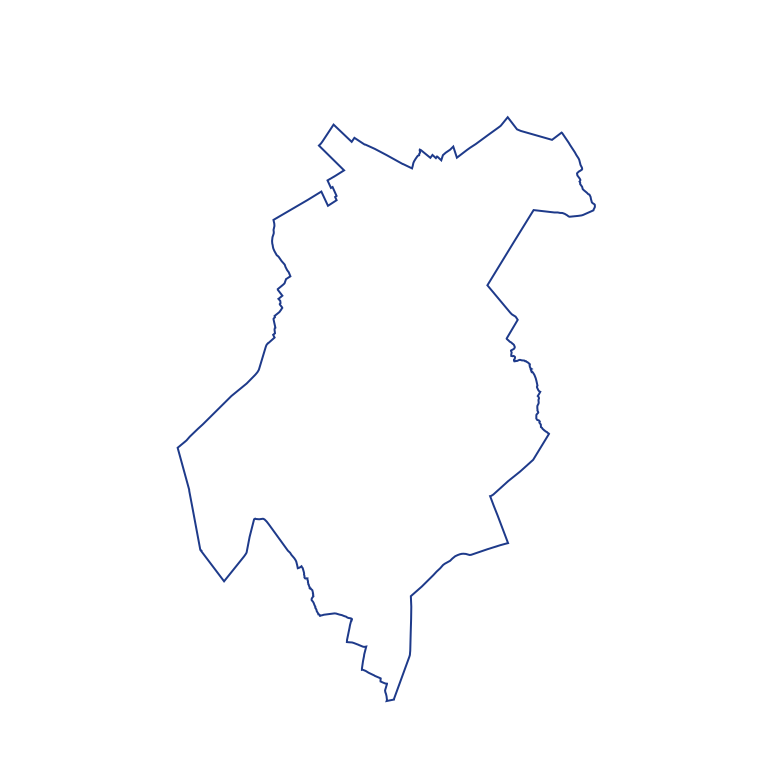 Giarmata, Timis, Romania, rotated 110°
{"feature_id": "2599482B59348801816011", "entity_name": "Giarmata", "entity_type": "district", "adm_level": 2, "iso_a3": "ROU", "parent_name": "Romania", "parent_adm1": "Timis", "projection": "natural_earth1", "projection_center": [21.324, 45.849], "detail": "fine", "context": "isolated", "style": "outline", "palette": "blue", "viewbox_px": 768, "rotation_deg": 110, "n_neighbors": 0, "source": "geoboundaries", "source_scale": "gbopen_adm2", "svg_char_len": 6134}
<svg xmlns="http://www.w3.org/2000/svg" viewBox="0 0 768 768"><g transform="rotate(110 384 384)"><path d="M484.0,540.5L489.5,543.4L499.9,548.5L504.6,550.3L514.5,556.1L550.0,530.9L551.0,530.5L565.6,521.8L602.5,500.0L602.9,498.9L603.2,499.1L624.1,466.8L593.8,456.5L591.2,455.8L589.7,455.5L589.2,455.5L573.6,458.0L555.6,459.8L554.6,459.0L554.7,458.3L553.8,455.0L552.0,451.6L552.1,450.0L553.4,447.2L555.1,444.5L573.5,417.3L574.7,414.5L576.2,412.6L578.4,408.7L579.9,406.7L580.9,405.7L584.0,403.6L586.6,402.0L586.1,401.3L585.0,400.2L583.5,399.2L584.4,398.2L584.6,397.7L585.0,397.3L588.3,394.9L589.5,394.2L590.4,394.0L591.7,393.0L593.0,392.6L593.6,391.8L593.6,391.5L593.6,391.1L593.1,390.4L593.1,389.5L593.0,389.4L594.5,388.7L595.2,388.0L596.3,387.7L597.2,387.0L598.0,386.7L598.4,386.0L599.1,385.7L600.2,384.5L601.3,384.1L601.5,383.7L601.1,383.1L601.2,382.9L601.6,382.7L601.7,382.4L601.9,381.7L602.3,380.8L604.9,379.1L605.4,379.1L605.8,378.6L606.9,378.4L607.4,377.8L607.7,377.7L608.5,378.1L610.2,378.5L611.1,378.4L611.9,378.0L612.8,376.4L613.6,375.4L616.0,373.3L616.7,372.4L617.3,372.1L617.7,372.1L617.9,371.9L618.9,370.6L619.5,370.1L620.5,369.5L621.9,367.7L622.9,366.9L622.7,366.3L622.8,365.9L623.1,365.5L623.6,365.2L623.8,365.0L623.8,364.8L623.0,364.1L623.0,363.9L622.6,363.2L621.4,361.6L616.5,352.1L616.1,350.6L615.9,346.9L615.6,344.6L615.7,342.0L615.6,340.0L616.0,338.6L616.0,337.1L615.7,336.0L615.6,334.9L615.6,334.3L615.8,333.8L616.1,333.6L616.8,333.6L617.6,333.6L617.6,333.9L622.1,333.5L625.0,333.0L637.2,331.2L639.2,330.6L638.7,328.7L637.8,325.6L637.7,323.9L637.8,318.4L637.9,318.1L637.9,317.0L638.0,314.8L638.0,313.6L637.6,312.2L636.8,310.9L644.9,310.1L646.6,309.7L651.8,308.9L659.0,307.4L660.1,307.0L659.9,306.7L659.8,306.0L659.9,303.1L660.6,299.7L661.2,293.5L661.4,292.8L661.7,287.2L661.8,286.4L663.5,286.0L664.7,285.5L664.9,282.9L665.0,280.4L664.6,278.7L664.9,278.6L670.2,278.3L671.6,278.2L673.2,277.3L674.6,276.1L676.6,274.8L679.2,273.5L679.8,273.1L681.0,273.1L677.1,266.7L676.4,266.9L631.6,266.9L629.8,267.0L626.5,267.9L626.0,268.0L609.0,273.7L595.4,278.2L583.9,282.2L574.2,286.2L561.4,279.2L546.8,272.3L542.3,270.4L538.0,268.2L533.9,266.6L532.1,265.4L527.5,261.4L524.7,260.1L521.5,258.2L519.5,256.2L518.0,254.4L516.9,252.7L516.3,251.2L515.7,249.0L515.4,245.1L514.7,243.7L503.9,230.3L495.7,219.6L492.3,214.8L491.1,213.0L468.9,232.1L460.7,239.4L453.1,245.9L452.7,245.2L450.7,243.6L449.4,242.9L432.6,234.0L419.8,226.2L404.2,217.9L374.4,211.9L374.1,212.5L374.0,213.3L373.4,214.6L373.3,215.9L373.1,216.4L372.9,216.8L372.7,217.8L372.4,218.2L372.0,219.5L371.2,220.5L370.8,221.8L368.4,222.8L367.6,224.2L367.1,224.8L366.7,224.9L366.1,224.7L365.9,224.8L365.2,226.2L365.4,227.6L365.3,227.9L364.3,229.1L361.1,230.2L360.5,230.2L358.3,229.3L358.0,229.3L357.2,229.9L356.9,230.3L356.4,230.8L355.8,230.9L354.4,231.6L353.1,232.1L352.1,232.4L349.4,232.1L348.5,232.3L346.2,233.4L344.6,233.4L343.7,233.9L342.9,234.9L342.7,235.4L340.5,234.9L337.9,234.5L337.8,235.4L337.4,236.3L337.0,236.9L334.9,239.0L334.4,239.3L334.1,239.3L333.6,239.4L333.1,239.2L332.3,239.7L329.0,241.8L326.7,243.4L324.0,245.8L322.8,247.3L321.8,248.8L322.3,249.2L322.2,249.4L320.0,251.2L319.4,250.6L319.2,251.5L318.0,252.8L316.4,253.7L316.0,253.5L315.4,253.9L314.5,256.4L314.3,258.1L314.2,258.4L314.0,258.6L314.3,259.3L314.0,260.0L314.0,260.3L314.7,262.8L314.7,263.9L314.9,264.7L315.3,265.3L316.7,266.7L317.0,267.1L317.1,267.8L317.8,268.6L318.0,269.0L318.1,269.3L317.5,269.9L316.8,270.1L316.7,269.9L316.4,269.9L315.3,269.8L314.4,269.9L313.7,270.3L313.4,271.2L313.4,271.6L313.4,272.0L313.9,272.7L314.1,274.0L312.8,274.5L310.8,274.8L310.3,275.2L309.7,275.8L309.1,276.1L308.7,275.8L306.7,274.0L305.8,273.7L304.6,273.7L304.2,274.0L302.8,275.3L302.4,276.1L302.1,277.2L301.5,278.5L301.2,280.4L300.6,281.6L299.7,284.0L299.3,284.3L278.0,280.3L276.9,281.7L275.7,283.4L274.8,287.7L273.7,289.9L255.9,320.6L205.5,310.4L169.4,302.9L164.5,282.4L163.4,279.5L163.0,277.0L162.3,274.9L162.3,272.4L162.8,269.7L163.3,268.1L163.4,267.3L163.3,266.7L159.6,259.0L158.0,256.0L157.0,254.7L149.2,246.6L148.5,246.7L146.0,246.4L145.6,246.4L144.6,246.7L143.4,247.3L143.1,247.9L142.7,249.8L142.2,250.8L139.4,252.8L137.5,253.9L135.8,255.7L135.7,256.2L135.8,256.5L135.7,257.1L134.9,258.7L133.5,262.6L132.9,263.9L130.9,265.3L129.0,268.1L127.7,268.5L126.9,269.5L126.3,269.3L125.4,269.2L124.9,269.4L124.0,270.4L121.9,273.6L120.2,274.6L119.5,274.5L117.3,273.3L116.3,272.3L115.9,272.2L115.2,271.5L114.2,271.3L113.5,271.7L112.9,272.1L111.0,274.2L106.6,277.2L105.5,278.3L103.1,281.5L101.0,283.9L95.7,291.0L94.2,292.8L87.2,302.5L87.0,303.1L97.1,309.6L99.4,342.0L99.2,346.1L91.0,359.0L101.1,362.5L101.9,362.9L103.9,364.2L114.2,371.2L127.1,379.8L132.4,383.8L135.6,386.0L146.4,392.9L137.2,400.1L141.2,402.0L145.5,405.1L148.8,406.9L154.2,406.7L152.1,411.6L152.1,412.0L154.0,412.5L152.2,416.8L155.6,417.8L151.6,429.3L151.5,430.5L152.0,430.5L154.0,429.3L154.4,429.3L155.6,429.6L157.0,429.2L157.5,429.8L158.0,430.3L158.5,430.5L161.5,431.3L164.5,431.9L166.3,432.0L169.2,431.6L171.8,431.4L170.8,441.3L170.9,441.6L168.0,459.9L166.2,473.1L165.4,483.3L165.6,483.9L165.5,484.6L162.8,496.0L167.5,497.2L157.5,520.1L177.2,524.8L179.6,525.5L182.2,526.7L196.9,494.6L204.9,500.8L212.0,506.7L217.9,500.9L216.5,499.7L223.5,492.9L225.0,493.9L227.5,491.4L235.7,497.6L224.6,508.7L237.3,518.8L267.6,544.0L270.9,541.9L273.0,541.0L277.0,540.5L279.0,539.5L280.4,539.1L284.2,539.0L287.9,538.1L290.3,537.0L291.6,536.1L293.1,535.3L294.6,534.3L296.6,532.4L299.7,528.8L300.0,527.7L300.5,526.5L302.5,523.7L303.5,522.3L305.8,518.1L307.8,516.5L310.1,514.0L311.6,511.7L314.8,508.8L318.9,511.9L323.5,511.9L325.1,512.7L331.2,516.3L331.8,516.0L335.8,509.7L340.1,512.3L340.6,511.2L341.0,510.8L341.3,510.0L341.6,509.8L343.4,508.9L344.4,509.3L344.9,509.1L346.9,505.9L347.1,505.7L347.4,505.6L347.7,505.8L349.0,506.0L352.2,506.9L357.5,510.1L358.5,509.3L360.3,510.1L360.8,510.0L362.0,509.3L368.3,505.3L368.9,505.7L370.3,505.5L373.6,503.8L375.7,505.0L377.8,502.7L385.2,506.7L385.2,506.9L386.9,507.6L387.9,507.8L389.8,507.8L412.6,506.5L413.8,506.5L416.3,507.0L419.3,508.1L430.5,513.2L447.5,523.3L484.0,540.5Z" fill="none" stroke="#1e3a8a" stroke-width="2"/></g></svg>